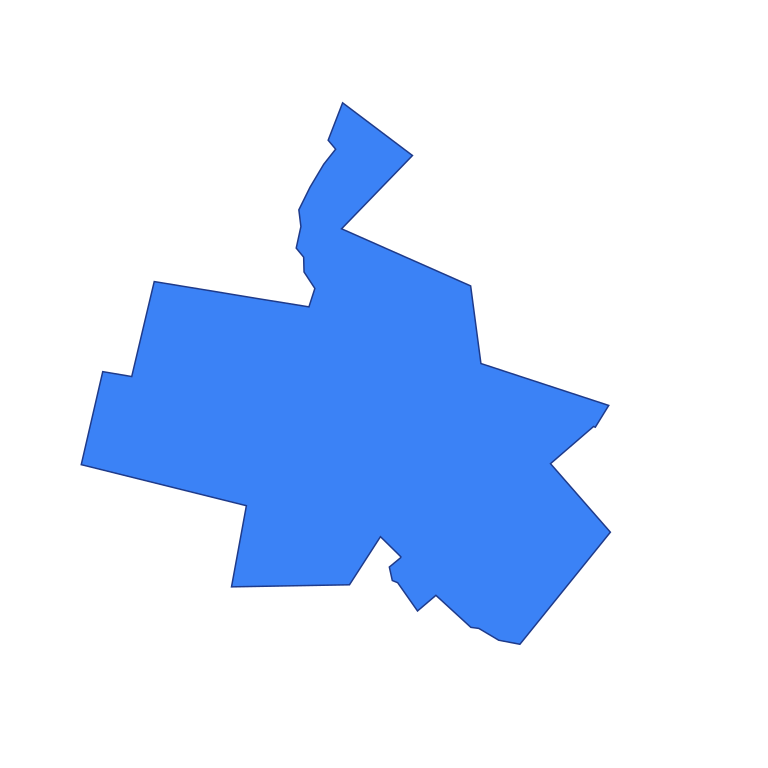 Redcliff, Midlands, Zimbabwe, rotated 22°
{"feature_id": "62879985B17872129948675", "entity_name": "Redcliff", "entity_type": "district", "adm_level": 2, "iso_a3": "ZWE", "parent_name": "Zimbabwe", "parent_adm1": "Midlands", "projection": "mercator", "projection_center": [29.763, -19.011], "detail": "fine", "context": "isolated", "style": "filled", "palette": "blue", "viewbox_px": 768, "rotation_deg": 22, "n_neighbors": 0, "source": "geoboundaries", "source_scale": "gbopen_adm2", "svg_char_len": 746}
<svg xmlns="http://www.w3.org/2000/svg" viewBox="0 0 768 768"><g transform="rotate(22 384 384)"><path d="M324.8,161.5L240.3,138.8L240.9,178.9L251.2,184.4L245.8,202.8L241.7,229.2L239.8,254.4L248.0,269.2L251.7,290.9L262.0,296.5L267.9,310.1L284.1,321.3L285.5,340.6L236.8,351.7L221.6,355.1L210.9,357.5L202.8,359.3L132.6,375.1L137.7,408.8L147.3,471.6L118.6,477.9L133.5,572.2L302.0,548.4L318.6,629.2L427.2,583.1L437.9,526.9L464.4,537.9L464.5,538.8L457.5,551.7L465.3,563.1L467.2,563.1L469.1,563.1L471.1,563.1L500.1,581.9L511.3,560.5L555.7,577.1L563.4,575.1L586.4,578.6L607.5,574.4L649.4,436.6L568.2,395.5L594.2,344.9L596.1,344.9L600.4,319.7L466.2,328.7L427.6,260.6L286.5,256.0L324.8,161.5Z" fill="#3b82f6" stroke="#1e3a8a" stroke-width="1.5"/></g></svg>